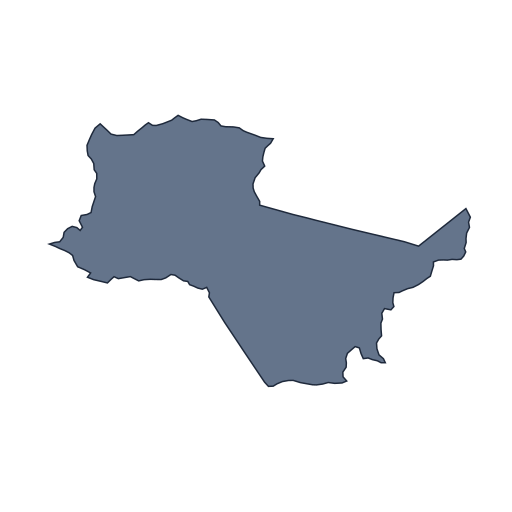 Ponto Belo, Espírito Santo, Brazil, rotated 281°
{"feature_id": "56859067B23060074651511", "entity_name": "Ponto Belo", "entity_type": "district", "adm_level": 2, "iso_a3": "BRA", "parent_name": "Brazil", "parent_adm1": "Espírito Santo", "projection": "mercator", "projection_center": [-40.512, -18.26], "detail": "fine", "context": "isolated", "style": "filled", "palette": "slate", "viewbox_px": 512, "rotation_deg": 281, "n_neighbors": 0, "source": "geoboundaries", "source_scale": "gbopen_adm2", "svg_char_len": 2586}
<svg xmlns="http://www.w3.org/2000/svg" viewBox="0 0 512 512"><g transform="rotate(281 256 256)"><path d="M298.3,399.1L300.5,345.4L302.5,307.8L303.1,298.8L303.8,284.5L306.6,249.9L310.3,249.2L314.9,245.2L318.8,242.0L322.2,240.2L326.2,239.3L332.7,240.2L338.2,243.2L341.7,244.4L345.9,247.4L350.4,244.2L354.6,243.8L359.3,244.0L363.5,244.4L366.5,246.5L369.5,248.8L374.4,250.5L373.6,244.3L373.3,237.9L374.4,232.1L375.7,223.4L376.6,219.5L378.6,215.1L378.4,209.3L377.8,205.6L377.1,201.6L377.0,196.8L379.8,193.4L381.6,189.2L380.7,181.9L379.8,176.0L377.4,171.6L375.8,167.6L376.9,161.5L377.8,157.5L379.2,152.7L376.0,149.7L373.2,147.3L368.1,139.3L365.1,133.2L364.5,129.5L366.3,125.0L363.5,122.3L360.1,119.6L355.9,116.0L351.8,112.9L350.4,107.4L349.1,102.2L347.7,96.4L348.0,90.4L351.1,85.7L356.0,77.8L350.8,73.6L343.9,71.5L338.7,70.3L332.4,69.0L327.0,70.3L322.6,72.0L319.8,75.8L315.8,79.1L309.8,80.7L306.7,83.9L301.3,85.0L296.2,83.9L292.3,83.9L288.2,84.7L283.7,87.2L278.6,86.5L273.2,85.8L267.2,85.8L264.5,82.2L262.4,76.7L256.9,75.7L251.1,80.2L247.5,78.5L249.7,74.7L250.0,69.9L246.9,65.9L242.6,63.1L237.5,63.2L232.5,60.6L230.9,55.8L228.3,50.9L227.2,56.8L225.8,62.3L224.9,67.1L223.5,72.0L221.5,75.9L216.9,78.2L211.4,83.0L209.8,90.4L207.8,96.9L203.0,94.6L201.8,101.1L201.5,109.1L201.2,115.3L205.6,118.3L208.6,120.6L207.5,125.2L209.9,131.5L211.8,136.6L210.4,141.4L209.2,145.6L211.4,150.6L213.0,156.8L213.7,161.3L214.8,167.4L217.3,171.6L221.6,176.0L221.7,180.2L219.8,184.4L217.8,189.6L218.0,193.9L215.2,196.3L214.5,200.6L213.4,205.0L213.2,209.7L215.8,213.6L211.0,217.3L206.8,217.5L184.7,238.0L165.9,256.6L161.0,261.4L133.8,288.5L130.4,293.1L131.5,297.7L134.6,301.1L137.8,305.9L140.0,311.6L141.0,316.2L140.2,323.8L140.3,330.6L140.4,336.1L141.0,339.9L143.0,345.8L145.6,351.0L146.0,357.6L147.8,364.7L150.6,368.9L154.0,364.5L158.6,363.4L164.0,365.7L168.3,365.1L172.5,363.6L177.9,364.3L183.1,368.3L186.0,370.6L185.5,375.0L180.3,377.7L175.7,380.9L177.3,385.5L176.5,389.9L176.3,395.1L175.1,399.2L175.9,403.3L179.5,400.7L182.4,395.6L188.0,392.4L193.6,390.9L198.0,392.4L201.6,394.5L207.6,392.8L214.0,391.4L218.2,392.2L223.8,390.4L228.9,392.2L228.9,398.7L232.7,401.0L236.3,399.2L241.1,398.5L246.3,398.5L247.5,403.4L249.7,406.3L252.9,411.1L255.2,416.1L259.0,421.0L262.8,424.8L266.6,428.1L269.4,431.0L274.8,431.5L280.3,432.1L284.0,431.3L286.8,435.9L287.9,440.7L288.5,444.7L290.1,449.1L290.7,453.8L292.0,457.8L295.5,459.9L300.0,461.1L303.1,459.0L309.3,459.7L313.2,458.8L318.7,458.4L324.8,460.1L329.8,458.2L335.0,459.0L342.6,453.0L296.7,413.7L298.3,399.1Z" fill="#64748b" stroke="#1e293b" stroke-width="1.5"/></g></svg>